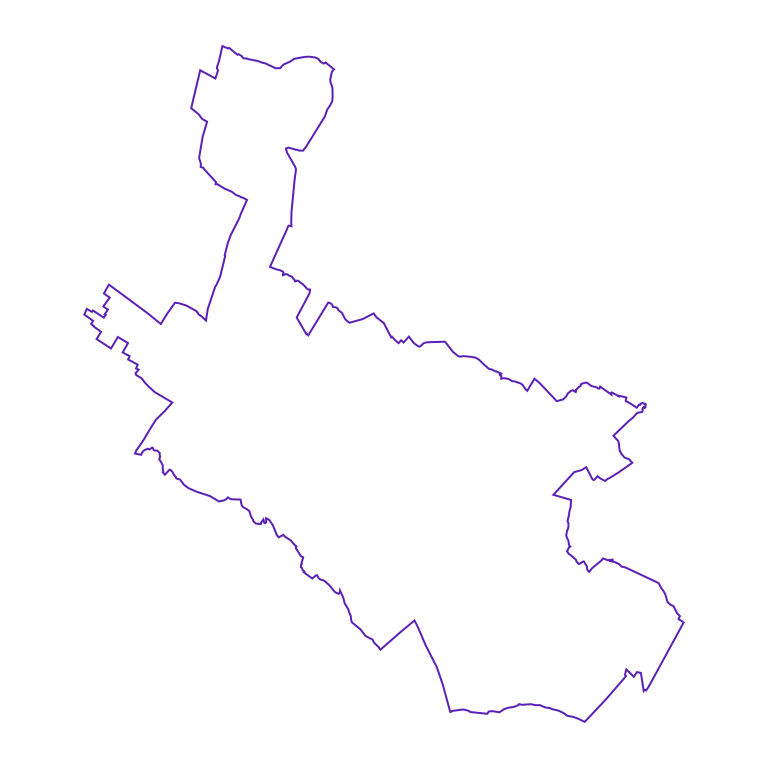 the district of Botosani, Botosani, Romania
{"feature_id": "2599482B38392608659449", "entity_name": "Botosani", "entity_type": "district", "adm_level": 2, "iso_a3": "ROU", "parent_name": "Romania", "parent_adm1": "Botosani", "projection": "mercator", "projection_center": [26.676, 47.753], "detail": "fine", "context": "isolated", "style": "outline", "palette": "violet", "viewbox_px": 768, "rotation_deg": 0, "n_neighbors": 0, "source": "geoboundaries", "source_scale": "gbopen_adm2", "svg_char_len": 6081}
<svg xmlns="http://www.w3.org/2000/svg" viewBox="0 0 768 768"><path d="M683.7,622.4L678.5,619.0L679.9,616.1L677.0,613.1L673.5,606.1L670.2,604.6L667.5,601.9L665.4,594.6L663.4,590.9L661.4,588.3L658.5,583.0L625.3,567.4L621.5,566.6L619.0,564.0L614.4,561.9L610.8,561.3L612.7,559.9L612.6,559.6L607.5,560.2L603.0,558.4L601.1,560.8L592.2,568.1L589.1,571.8L587.7,570.3L587.0,568.8L586.9,566.5L583.9,561.5L583.2,561.5L579.0,564.1L576.5,561.6L576.2,560.2L575.6,559.4L569.8,554.4L568.7,553.9L567.0,551.1L568.2,549.3L568.8,547.5L570.3,546.6L569.0,545.0L568.4,540.8L566.9,537.7L566.2,535.2L567.3,530.0L567.7,529.8L568.5,526.2L568.3,522.6L567.5,521.1L569.1,514.6L569.3,511.9L570.6,507.4L571.1,500.0L553.4,494.8L574.2,472.1L581.9,470.0L586.2,467.1L592.5,479.4L593.7,480.0L594.3,479.8L597.6,476.2L600.5,478.6L605.1,481.0L607.8,478.7L609.4,478.2L618.9,472.2L632.3,462.8L629.0,459.2L624.6,457.6L621.5,454.0L619.5,450.1L619.0,444.4L618.3,441.1L613.4,435.8L628.9,420.9L632.5,418.1L637.4,412.8L642.1,412.0L642.5,411.3L642.7,410.0L642.4,408.9L643.5,407.2L644.6,408.0L645.4,407.5L645.1,406.5L645.8,404.7L645.4,403.8L644.3,403.8L643.0,403.0L640.7,403.6L640.2,404.8L638.9,404.7L636.8,407.7L627.4,401.7L625.9,401.4L625.7,400.5L626.4,397.5L619.1,395.8L619.0,396.4L611.7,392.4L611.2,392.9L611.4,394.6L600.1,386.6L599.4,388.6L598.4,388.6L596.6,387.3L591.2,385.9L587.4,383.0L586.0,382.5L581.4,383.8L580.8,384.7L580.6,386.0L578.9,386.8L575.9,390.0L576.1,391.1L575.7,392.1L572.9,390.3L570.9,390.8L567.8,393.5L566.1,396.6L563.0,399.5L556.7,401.1L539.7,383.1L534.4,378.7L527.3,390.8L525.7,389.4L522.5,384.8L520.8,383.5L514.6,381.4L512.0,381.1L509.4,379.4L506.6,378.5L503.7,378.2L501.2,378.7L501.4,375.7L500.1,375.4L499.7,374.6L501.1,373.5L492.2,369.9L491.9,369.5L489.3,369.0L487.5,367.8L486.5,366.5L485.6,366.1L478.9,359.6L475.9,357.8L471.5,356.9L463.5,356.1L459.9,356.7L458.2,356.1L453.2,352.1L445.3,342.1L444.6,341.7L426.6,342.3L423.7,343.2L420.4,346.3L419.6,346.6L418.5,346.4L413.9,343.2L408.9,336.6L403.6,342.5L401.1,340.3L398.6,343.2L395.2,340.2L392.0,336.7L391.2,337.4L383.9,323.2L376.4,317.3L373.7,313.4L362.6,319.1L349.4,322.8L346.2,320.2L345.0,318.8L342.0,312.9L338.5,310.2L337.6,308.4L335.9,307.3L333.2,307.1L331.9,304.4L330.5,303.3L328.3,302.5L308.2,335.4L306.6,333.6L306.2,333.9L296.7,317.5L309.6,293.2L310.0,290.4L309.9,289.5L308.9,289.6L307.4,289.1L303.1,284.4L297.8,280.6L296.3,280.8L295.7,281.4L294.9,281.2L294.9,280.5L294.3,279.6L292.9,278.3L292.1,276.8L288.9,275.5L287.6,274.5L285.6,274.1L283.1,275.2L282.9,274.2L283.5,272.9L283.1,271.8L280.0,270.2L276.1,269.3L270.0,266.9L284.3,235.1L285.0,234.0L288.2,226.1L288.9,225.6L291.5,226.2L291.2,222.5L291.5,212.0L294.5,180.7L296.0,169.3L295.1,166.7L287.2,152.9L285.9,148.6L288.2,147.6L299.5,150.6L303.1,150.6L306.5,146.1L324.8,116.6L327.2,109.7L330.5,104.7L332.2,101.2L332.6,97.7L332.5,88.9L332.1,86.6L330.5,82.1L330.2,79.5L332.0,71.6L334.0,69.4L325.6,62.5L323.9,63.6L320.7,61.9L318.2,58.8L315.3,57.5L309.4,56.7L304.8,56.9L293.7,58.9L293.2,59.6L289.9,61.7L283.6,64.5L280.1,68.2L275.5,68.2L265.4,63.4L261.6,62.5L257.8,61.0L248.5,59.2L247.3,58.6L243.4,58.3L241.6,56.0L238.6,54.2L237.5,54.8L229.1,47.9L228.0,48.4L222.4,46.1L219.0,61.0L216.8,67.8L218.0,70.6L215.4,78.5L200.2,70.3L191.2,108.2L198.6,114.2L202.2,119.0L207.1,121.7L202.6,137.0L199.2,157.3L199.3,159.3L199.8,160.0L200.9,163.9L200.7,167.0L203.4,167.8L204.5,169.6L216.0,182.1L215.6,184.2L217.1,184.1L224.5,188.6L231.6,191.6L236.1,195.0L239.2,196.1L241.3,197.4L242.9,197.7L247.0,199.9L240.8,213.9L239.4,217.9L230.5,235.6L227.7,243.4L224.8,254.9L224.7,255.5L225.2,255.9L220.1,276.8L216.6,284.6L215.2,286.7L207.7,309.2L206.0,320.6L202.2,316.8L198.6,314.4L197.5,312.2L197.0,312.2L196.4,311.1L186.5,305.6L179.6,303.4L175.0,302.7L167.8,312.8L160.8,324.0L147.4,313.1L108.9,284.6L103.9,293.5L109.7,297.6L103.3,306.5L107.9,309.6L104.7,314.3L105.7,314.9L103.8,317.7L93.0,310.5L92.0,311.9L86.8,308.9L84.3,314.6L93.1,320.8L91.2,323.9L93.9,326.2L93.8,326.6L101.1,331.8L96.6,339.1L111.0,348.5L117.9,337.0L128.0,343.1L122.7,352.5L129.6,356.1L128.1,359.5L137.6,364.6L136.1,368.4L138.7,369.7L135.5,373.3L136.3,375.1L141.7,378.3L144.7,382.4L147.8,385.7L154.7,392.1L172.3,402.5L164.8,411.0L156.3,419.3L152.3,425.3L142.8,441.2L136.2,450.6L135.0,453.5L141.1,454.8L142.5,451.9L144.1,450.4L147.8,448.7L149.5,449.5L152.1,447.6L152.8,447.9L153.6,449.9L154.2,450.4L157.2,450.6L159.7,452.9L159.6,454.7L160.2,456.3L159.3,459.0L159.4,459.6L160.9,461.6L162.8,465.3L162.7,467.8L163.3,471.8L162.8,472.3L164.9,474.7L169.6,469.6L170.3,469.8L172.1,471.4L174.0,474.9L176.0,477.3L175.9,477.8L176.7,478.6L180.0,479.5L184.0,484.8L188.4,488.1L196.8,491.8L210.1,496.1L218.8,501.4L223.8,500.4L226.0,499.4L227.9,497.4L230.1,498.9L231.8,499.3L240.5,499.5L241.8,505.7L243.2,507.2L246.9,509.2L249.3,511.1L251.0,516.4L253.3,520.4L253.4,521.4L255.8,523.5L260.5,524.1L261.0,523.8L261.0,522.7L263.4,519.5L264.1,522.6L265.2,523.2L266.1,522.3L266.1,518.2L269.3,520.0L272.8,525.2L276.9,535.1L278.7,537.3L283.4,534.9L284.7,536.5L291.0,540.6L293.7,544.0L296.5,546.5L295.7,547.8L300.9,556.2L303.2,557.4L301.5,563.2L301.8,563.4L300.9,565.9L300.9,567.2L301.7,567.7L302.8,570.3L304.4,571.5L303.8,572.2L304.6,572.9L312.3,578.5L315.8,575.5L317.0,575.2L318.7,578.2L320.3,579.5L323.6,580.4L325.2,581.5L329.3,585.2L334.9,592.0L338.6,593.9L339.5,593.3L340.0,590.5L343.3,597.7L344.6,603.1L348.5,609.6L349.0,611.9L350.8,616.1L351.1,620.0L352.0,622.4L360.4,629.3L365.7,636.1L372.6,639.6L374.1,642.7L378.7,647.1L380.4,649.7L401.1,631.6L414.5,620.5L417.7,626.7L425.7,645.4L436.8,667.1L443.0,685.3L450.2,711.9L451.3,711.8L452.3,710.9L463.2,709.5L467.7,710.5L469.5,711.3L470.1,712.0L487.3,713.8L488.6,711.6L492.3,711.1L499.4,712.3L503.9,709.3L507.5,707.9L514.0,706.9L518.3,705.1L519.1,704.1L522.0,704.8L530.9,704.2L535.7,705.2L539.8,705.1L544.9,707.3L550.6,708.3L552.3,709.2L558.4,710.6L563.7,713.1L567.4,715.8L573.5,717.0L578.0,718.6L584.7,721.9L605.8,699.5L624.2,678.3L626.0,676.0L625.0,674.8L626.3,669.4L633.8,676.8L637.0,672.1L640.9,672.9L643.7,690.9L644.4,689.9L645.3,689.9L646.1,690.5L648.9,686.3L683.7,622.4Z" fill="none" stroke="#5b21b6" stroke-width="2"/></svg>